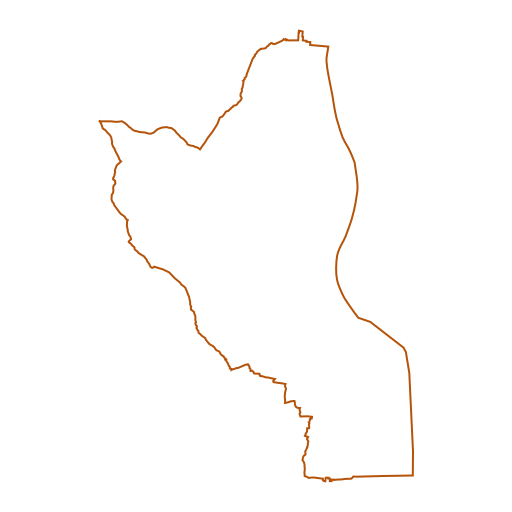 Ionesti, Vâlcea, Romania
{"feature_id": "2599482B28875111653577", "entity_name": "Ionesti", "entity_type": "district", "adm_level": 2, "iso_a3": "ROU", "parent_name": "Romania", "parent_adm1": "Vâlcea", "projection": "natural_earth1", "projection_center": [24.222, 44.864], "detail": "fine", "context": "isolated", "style": "outline", "palette": "amber", "viewbox_px": 512, "rotation_deg": 0, "n_neighbors": 0, "source": "geoboundaries", "source_scale": "gbopen_adm2", "svg_char_len": 6040}
<svg xmlns="http://www.w3.org/2000/svg" viewBox="0 0 512 512"><path d="M412.8,475.5L413.0,451.4L409.3,373.0L405.9,352.1L403.6,347.7L370.3,321.9L358.3,317.8L354.6,312.9L348.6,304.4L346.1,300.7L344.2,297.7L341.9,293.1L339.3,287.0L337.9,283.1L337.0,279.6L336.3,274.3L336.1,268.2L336.5,260.5L337.2,255.3L338.2,251.8L339.5,248.5L340.7,246.0L343.9,240.0L345.7,236.1L349.7,225.2L351.8,218.8L354.0,210.3L355.5,203.1L357.4,190.8L357.5,188.3L357.5,185.4L357.2,181.1L356.6,175.9L354.6,162.5L352.4,156.8L350.2,151.7L348.3,147.9L344.6,141.5L342.6,137.4L340.1,130.2L336.5,118.2L334.7,109.7L332.3,94.9L329.0,78.2L327.3,68.7L326.5,61.5L326.5,58.1L328.3,46.6L310.1,45.0L310.3,42.1L306.3,41.7L306.4,40.8L302.8,40.4L303.0,36.8L302.3,36.6L302.7,31.5L299.0,30.7L299.0,32.6L298.6,32.6L298.2,40.3L288.3,40.4L286.1,39.2L285.9,40.2L283.7,39.1L283.0,40.1L281.6,41.0L274.8,44.1L272.8,43.8L272.0,43.1L271.2,43.0L269.9,44.1L269.3,44.3L268.5,45.6L267.1,46.4L266.2,47.6L265.5,48.1L264.3,48.5L262.0,48.7L261.5,48.9L260.6,48.8L260.1,49.5L258.8,50.3L257.3,51.7L256.9,52.5L256.0,53.8L254.8,54.9L255.0,55.8L254.5,56.1L253.7,57.6L253.1,58.0L252.5,59.2L246.8,74.0L246.6,74.3L246.5,75.5L246.3,76.3L245.8,77.1L244.6,78.1L244.7,79.0L244.6,79.3L243.2,80.6L243.6,80.8L243.6,81.5L243.3,82.5L243.3,83.9L242.8,85.6L242.7,87.0L241.8,89.0L241.9,91.1L241.4,92.4L240.7,93.4L240.6,93.9L240.5,96.0L241.4,97.4L241.6,98.0L241.5,98.8L240.9,99.9L240.1,100.9L238.4,102.4L237.1,104.3L236.6,104.8L236.1,105.1L233.4,105.8L233.0,106.8L231.4,107.7L230.6,108.8L228.8,110.3L228.3,111.0L227.5,111.2L226.6,111.2L226.0,111.6L225.5,112.1L224.6,113.7L222.4,116.5L220.4,117.3L219.6,118.0L218.3,121.8L217.2,124.3L214.7,128.3L212.5,131.7L207.6,138.1L204.8,142.7L202.2,146.2L200.0,149.4L198.8,148.4L197.4,147.5L195.0,146.9L193.5,146.0L190.8,145.6L187.6,144.5L186.5,142.3L183.6,139.2L182.4,138.3L180.7,137.3L179.3,135.5L176.6,132.9L174.6,130.3L171.3,128.0L168.9,127.8L166.8,127.1L162.3,127.5L160.1,128.2L157.3,129.4L153.6,132.7L151.4,133.5L150.2,133.7L149.0,133.7L144.5,132.4L140.9,132.2L139.0,131.9L137.3,131.3L135.3,131.0L132.9,130.0L131.1,128.3L129.0,126.9L127.2,124.9L124.3,122.6L123.6,122.4L122.5,121.5L121.3,121.3L118.0,121.8L115.3,121.8L110.7,121.3L100.5,121.3L99.0,120.7L100.2,122.0L101.0,123.4L102.4,127.1L102.7,128.3L103.3,128.9L104.5,129.5L105.6,130.4L107.7,133.0L109.0,134.1L110.3,135.7L111.3,137.7L111.6,139.8L112.0,141.0L112.1,141.9L112.0,143.6L112.4,145.0L113.4,147.2L114.6,148.6L114.9,149.9L115.3,150.9L118.4,156.8L119.6,159.8L120.3,160.7L121.1,161.4L118.7,163.7L117.5,164.5L116.5,165.9L115.5,168.5L115.0,170.3L114.9,171.2L115.2,172.2L114.6,174.0L114.5,175.4L113.0,178.6L113.0,178.9L113.3,179.5L115.1,180.8L115.2,182.8L115.4,183.4L115.3,183.7L114.0,185.4L113.3,186.7L113.2,188.3L113.4,190.9L112.9,193.2L111.9,194.6L111.6,195.6L111.7,196.5L111.5,199.4L112.3,201.6L112.7,202.3L113.6,203.2L114.3,205.3L119.7,212.6L120.6,213.7L124.5,216.5L126.4,219.4L126.9,219.7L127.7,219.9L127.8,220.0L127.1,221.4L126.9,224.9L126.9,226.1L127.8,230.2L127.7,231.0L129.1,235.1L130.2,236.3L131.0,238.9L131.0,239.3L129.4,240.7L128.7,241.7L129.1,242.5L130.8,243.6L132.3,245.5L134.3,247.2L134.5,247.5L134.5,248.2L134.7,249.2L135.3,250.0L137.0,251.1L138.4,252.8L139.3,253.5L144.2,256.5L144.7,257.3L146.8,259.8L147.1,261.2L149.3,264.0L149.8,265.5L150.6,266.9L151.0,267.2L152.2,267.9L154.0,267.1L154.2,266.7L163.0,269.4L169.2,272.4L174.7,278.2L180.3,282.8L181.2,284.5L183.9,286.4L185.3,287.7L187.7,293.5L188.0,294.6L189.2,297.0L189.3,298.3L190.2,302.1L190.1,303.8L190.3,305.0L190.6,305.6L191.2,306.4L190.8,307.3L191.1,308.6L190.9,309.5L192.1,310.4L194.0,312.0L194.5,314.3L195.1,315.1L195.4,317.0L195.3,317.8L195.5,320.9L195.8,321.5L196.0,322.5L195.4,323.2L195.3,323.7L196.0,325.1L196.8,325.9L196.7,326.4L196.9,326.7L196.9,327.1L196.5,327.6L196.5,328.2L197.0,328.9L197.2,329.7L198.3,330.8L198.6,332.8L200.6,334.4L201.6,335.6L205.4,338.2L205.6,339.4L205.8,339.7L209.3,344.0L211.6,345.4L212.6,345.8L213.3,346.5L214.1,347.0L216.1,350.0L219.3,351.6L219.8,352.2L220.6,354.0L221.1,354.7L222.9,356.0L223.6,356.3L223.8,357.0L224.7,357.9L225.0,359.0L225.1,358.9L225.8,359.0L225.8,359.4L226.3,359.7L226.1,360.4L226.7,361.7L227.9,363.3L228.3,364.6L228.6,365.2L228.9,366.1L229.6,366.5L229.8,367.1L229.8,368.3L230.2,368.7L231.3,368.8L231.4,370.0L233.0,369.2L234.1,369.0L236.1,368.2L238.4,367.8L246.1,364.5L247.3,364.5L247.9,364.3L248.2,365.1L248.8,365.3L249.2,366.2L249.6,366.8L249.4,367.6L249.4,367.9L250.2,368.8L250.5,369.3L250.6,369.9L250.4,370.9L250.5,371.0L252.1,370.7L253.4,371.8L254.0,373.4L256.1,373.7L259.2,373.7L259.7,374.2L259.6,375.1L260.3,376.1L261.1,376.3L261.3,376.2L261.5,376.0L266.0,377.4L267.4,377.4L274.9,379.0L273.2,381.0L273.5,382.1L273.8,382.1L276.4,382.6L282.3,383.4L285.5,384.0L285.1,385.2L285.1,386.5L285.8,388.0L286.0,389.0L285.1,392.2L284.7,396.8L284.8,397.8L285.0,398.4L285.1,400.4L285.0,402.9L286.2,402.8L290.6,401.5L290.6,401.4L293.9,400.9L294.5,401.0L294.7,401.4L295.0,404.9L295.4,405.9L296.1,407.0L297.5,407.8L299.3,408.1L300.0,408.0L299.6,409.4L299.8,411.1L300.4,412.3L300.3,412.6L299.7,413.4L299.6,414.2L300.4,416.3L300.6,416.3L300.6,416.5L307.9,416.3L312.0,416.8L311.7,418.5L310.7,418.5L310.4,419.1L309.9,419.1L309.8,420.3L309.2,422.4L308.8,422.5L309.4,423.6L308.9,424.8L309.2,426.8L309.1,428.2L307.1,428.3L307.1,430.9L306.9,431.9L305.8,433.3L305.7,434.1L304.9,435.9L308.1,437.0L307.6,437.8L307.0,439.2L308.2,441.0L308.3,441.6L307.8,443.3L307.8,445.3L307.4,446.4L307.3,447.4L307.0,447.5L306.8,448.4L305.2,451.5L305.4,453.0L305.6,453.8L305.1,455.0L304.3,455.3L303.6,456.1L303.0,457.4L302.6,459.7L302.5,460.3L303.4,461.3L303.9,462.3L304.5,464.3L304.6,467.4L304.8,469.1L304.4,472.8L304.7,474.9L304.7,476.1L306.4,476.6L308.8,477.9L309.5,477.9L311.7,477.5L313.8,477.5L322.9,478.7L322.8,480.0L323.6,480.9L325.3,481.3L325.5,480.6L325.5,478.1L325.8,477.7L328.4,477.7L328.3,478.5L329.9,478.6L329.8,481.1L331.6,481.1L331.6,479.6L334.0,479.6L334.1,480.0L336.8,479.6L340.4,479.5L345.8,478.9L351.2,478.7L352.3,477.8L353.4,476.5L356.2,476.7L383.1,476.0L412.8,475.5Z" fill="none" stroke="#b45309" stroke-width="2"/></svg>